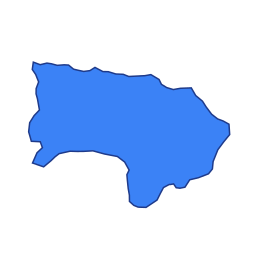 the district of Tymvou, Cyprus, rotated 350°
{"feature_id": "46923920B59196916955997", "entity_name": "Tymvou", "entity_type": "district", "adm_level": 2, "iso_a3": "CYP", "parent_name": "Cyprus", "parent_adm1": "", "projection": "albers", "projection_center": [33.506, 35.133], "detail": "fine", "context": "isolated", "style": "filled", "palette": "blue", "viewbox_px": 256, "rotation_deg": 350, "n_neighbors": 0, "source": "geoboundaries", "source_scale": "gbopen_adm2", "svg_char_len": 1170}
<svg xmlns="http://www.w3.org/2000/svg" viewBox="0 0 256 256"><g transform="rotate(350 128 128)"><path d="M46.2,46.7L43.9,53.7L46.4,59.3L48.0,67.1L44.4,73.2L43.4,78.4L43.9,83.6L43.9,94.9L37.7,99.5L32.1,105.7L29.5,114.5L30.1,120.1L30.5,124.3L39.2,126.3L40.3,132.5L34.1,136.6L27.9,145.9L38.2,151.6L46.4,146.9L51.0,143.8L55.7,141.3L66.9,140.8L74.1,142.3L80.3,143.3L89.5,144.4L100.3,149.5L112.6,154.2L118.8,160.9L121.8,169.6L118.8,173.8L118.3,179.4L117.7,187.7L117.7,194.4L116.7,200.6L120.3,205.2L124.6,207.9L124.6,208.0L124.7,207.8L132.0,209.3L144.1,204.0L148.6,197.9L152.6,192.8L158.7,190.8L158.9,190.8L159.8,191.0L163.2,191.0L165.1,195.2L168.7,196.3L173.8,196.2L179.8,189.7L188.6,189.2L199.3,187.1L204.0,183.0L206.0,175.8L212.7,165.0L219.8,158.3L227.0,152.1L228.1,141.8L222.9,137.6L217.8,134.6L212.7,128.9L208.5,120.6L206.0,114.5L200.3,107.8L197.3,99.5L186.5,98.0L179.3,98.0L173.1,94.9L168.5,90.8L167.0,85.6L159.8,79.4L153.6,79.4L137.7,77.4L132.6,74.3L125.4,72.7L118.3,69.1L113.1,68.1L106.0,62.6L100.4,64.9L94.2,64.6L89.2,62.6L84.6,60.6L80.4,55.7L76.1,54.7L69.2,54.0L63.6,51.4L59.4,50.0L52.5,50.4L46.2,46.7Z" fill="#3b82f6" stroke="#1e3a8a" stroke-width="1.5"/></g></svg>